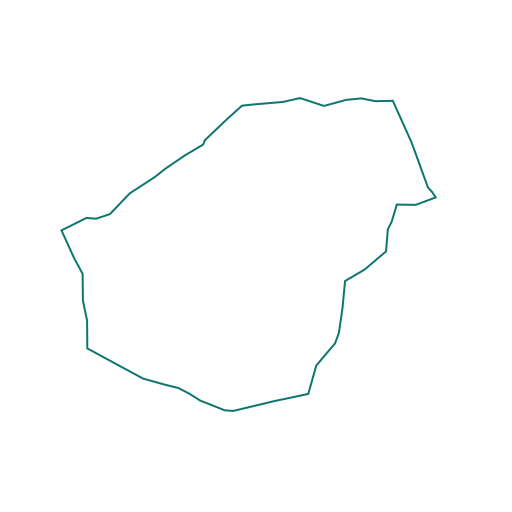 Mandax, Dornogovi, Mongolia, rotated 72°
{"feature_id": "93677404B77969966506985", "entity_name": "Mandax", "entity_type": "district", "adm_level": 2, "iso_a3": "MNG", "parent_name": "Mongolia", "parent_adm1": "Dornogovi", "projection": "albers", "projection_center": [108.365, 44.195], "detail": "fine", "context": "isolated", "style": "outline", "palette": "teal", "viewbox_px": 512, "rotation_deg": 72, "n_neighbors": 0, "source": "geoboundaries", "source_scale": "gbopen_adm2", "svg_char_len": 781}
<svg xmlns="http://www.w3.org/2000/svg" viewBox="0 0 512 512"><g transform="rotate(72 256 256)"><path d="M403.3,248.9L378.9,232.6L373.2,223.5L363.5,207.8L354.7,200.9L332.2,189.8L307.3,179.0L302.5,157.1L291.8,130.9L271.4,122.4L265.1,116.2L250.6,106.2L256.7,88.3L255.8,67.0L249.7,68.7L243.9,71.3L207.9,72.5L195.7,73.0L150.7,77.9L145.6,94.7L138.7,107.0L135.4,121.8L134.3,144.9L119.4,165.4L117.8,182.8L111.2,211.1L108.7,222.9L116.8,241.1L130.0,268.7L133.7,271.9L138.3,292.4L145.0,315.5L149.4,327.1L157.4,356.7L171.0,381.9L171.1,396.6L167.4,405.6L171.5,433.1L202.1,429.6L219.4,426.4L244.9,434.4L265.2,436.6L291.8,445.0L337.7,401.3L349.9,382.9L357.6,370.6L366.4,361.9L376.4,353.6L393.1,333.4L396.3,325.5L399.6,284.0L403.3,248.9Z" fill="none" stroke="#0f766e" stroke-width="2"/></g></svg>